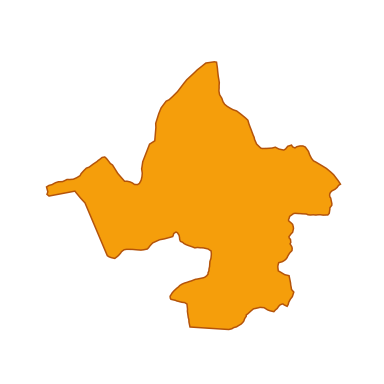 Akoko-Edo, Edo, Nigeria (orthographic projection), rotated 193°
{"feature_id": "59680162B54275853767873", "entity_name": "Akoko-Edo", "entity_type": "district", "adm_level": 2, "iso_a3": "NGA", "parent_name": "Nigeria", "parent_adm1": "Edo", "projection": "orthographic", "projection_center": [6.117, 7.352], "detail": "fine", "context": "isolated", "style": "filled", "palette": "amber", "viewbox_px": 384, "rotation_deg": 193, "n_neighbors": 0, "source": "geoboundaries", "source_scale": "gbopen_adm2", "svg_char_len": 4271}
<svg xmlns="http://www.w3.org/2000/svg" viewBox="0 0 384 384"><g transform="rotate(193 192 192)"><path d="M239.0,271.6L241.0,267.0L242.0,260.9L242.8,250.7L241.7,246.7L239.8,233.5L244.1,229.1L246.8,210.4L246.3,204.2L246.3,203.3L244.7,199.2L244.2,195.7L244.2,192.1L245.2,188.5L246.7,187.0L248.7,186.6L249.7,186.4L252.1,187.4L254.6,187.9L257.6,187.9L260.1,187.3L265.1,190.9L268.5,193.4L271.0,195.9L274.0,198.9L275.5,200.4L278.0,201.4L281.0,203.9L283.0,205.5L284.9,206.5L287.4,205.4L289.4,202.8L290.4,201.8L291.4,200.3L294.8,196.7L297.8,193.1L300.3,191.5L302.2,188.5L304.2,184.9L304.7,182.8L307.2,180.3L308.6,179.2L310.6,177.7L312.6,177.1L314.1,176.6L316.6,176.1L318.5,174.5L320.5,173.0L324.5,171.9L327.0,170.4L328.9,168.8L329.9,167.8L332.9,166.2L334.9,164.2L332.5,159.7L332.8,157.1L330.4,155.9L306.3,166.5L304.7,165.2L299.1,160.9L296.3,159.0L293.8,157.3L260.2,110.9L258.3,110.2L256.1,109.9L252.3,109.9L249.9,112.8L248.9,114.4L247.9,116.3L247.3,117.9L246.3,119.2L245.1,120.5L242.9,121.4L240.3,122.0L238.4,122.4L236.9,122.7L232.5,123.3L228.7,123.9L226.2,124.8L222.7,126.4L221.8,127.9L220.8,130.2L219.5,132.5L218.7,133.7L212.8,138.2L210.5,139.2L208.4,140.1L204.3,142.3L202.4,143.3L201.5,143.9L200.8,144.2L200.5,145.8L200.5,147.4L198.6,149.4L197.0,149.0L194.8,146.8L193.9,144.8L193.3,142.9L192.1,141.3L189.9,140.9L189.2,140.6L188.8,140.3L188.2,140.0L186.0,139.4L183.2,139.0L181.0,138.8L179.2,138.6L176.7,138.2L174.2,139.2L171.4,139.5L168.6,140.1L167.3,140.1L164.6,140.1L163.5,140.1L160.1,138.8L159.2,136.0L158.9,134.1L158.6,131.5L158.9,128.3L158.1,123.3L158.1,120.7L157.8,119.1L158.2,116.9L157.9,115.6L158.8,113.7L160.1,112.1L161.4,111.1L163.3,110.2L165.5,109.2L167.4,108.3L169.0,107.7L170.5,106.7L172.8,105.1L174.0,104.5L176.5,102.9L178.8,101.6L181.0,100.0L182.9,98.1L183.8,96.5L185.2,94.8L187.3,91.7L188.6,89.3L189.3,87.1L189.7,86.1L189.9,85.5L189.3,83.7L188.4,82.7L186.5,82.7L183.7,82.7L182.4,82.4L180.6,82.4L178.7,82.3L176.8,82.3L176.7,82.3L174.3,82.6L171.7,81.7L170.9,79.4L170.0,76.8L169.7,74.9L169.1,73.3L167.4,68.9L166.3,66.8L165.7,64.6L163.6,60.0L152.6,61.8L136.7,64.4L125.2,66.3L122.4,67.7L120.8,69.3L118.3,70.6L116.7,72.2L114.4,74.4L113.2,76.3L112.5,77.9L112.2,80.5L111.2,83.1L111.5,84.4L110.2,85.9L108.0,89.1L105.8,92.0L104.4,92.6L100.9,94.3L99.8,94.9L95.7,95.5L92.9,94.5L91.6,94.1L89.1,93.8L87.2,93.8L85.3,93.8L84.1,96.0L82.8,97.6L82.2,99.2L81.8,100.2L80.8,101.8L79.6,102.7L78.3,103.4L76.8,102.7L73.6,102.0L73.0,104.0L72.9,106.5L72.0,109.8L70.7,112.6L70.3,117.4L73.1,119.4L74.0,121.6L74.9,123.6L75.5,125.5L78.6,132.3L80.2,132.3L81.1,132.3L83.0,132.3L85.2,133.0L87.0,133.6L90.2,134.6L91.4,137.9L91.7,139.1L91.7,141.1L91.6,142.7L90.4,143.3L88.5,144.3L87.5,145.2L86.2,146.5L85.3,147.8L84.6,149.4L84.3,151.0L83.7,152.9L83.0,154.8L81.4,157.4L81.7,159.6L82.3,160.9L83.0,161.7L84.8,163.5L84.4,165.1L85.4,168.0L86.9,169.0L87.5,170.3L86.9,171.6L86.2,173.2L85.4,174.6L84.9,175.4L84.9,177.7L84.9,179.3L85.5,180.9L86.7,183.1L88.3,184.1L91.4,185.7L91.7,187.0L91.4,188.6L91.4,190.2L88.2,193.8L86.9,194.4L85.0,194.7L83.1,195.0L81.6,195.3L79.4,195.6L75.5,196.3L74.0,195.9L71.5,196.2L68.7,197.1L66.1,197.4L64.3,198.1L62.1,198.7L58.9,199.0L56.7,199.6L54.5,200.2L53.5,202.1L53.8,206.3L54.1,207.6L53.4,209.2L52.8,210.5L53.1,212.1L53.7,213.4L54.6,215.3L55.5,217.3L56.5,218.2L57.1,219.5L57.4,221.1L57.0,222.8L55.8,224.7L54.8,225.5L53.2,226.9L51.6,229.1L50.7,231.4L49.1,233.0L51.9,235.7L54.9,238.2L57.9,240.7L61.4,242.7L66.3,245.2L70.8,246.7L78.0,249.0L80.7,249.7L83.2,251.7L85.7,254.7L87.7,257.8L91.7,261.3L91.8,261.3L94.2,261.8L97.1,261.2L100.1,259.7L101.6,258.1L104.1,258.6L105.1,259.6L105.6,260.1L109.0,258.1L110.5,255.0L112.0,253.5L117.0,253.4L120.9,254.4L123.9,252.8L128.9,251.3L133.3,250.2L134.8,250.2L137.3,251.7L139.8,253.2L142.8,257.2L143.8,259.3L145.3,261.3L146.0,262.4L147.3,264.3L147.7,265.0L149.7,267.9L151.7,270.9L153.7,274.5L156.2,276.0L161.2,278.5L166.7,281.0L170.6,281.4L174.1,282.4L177.1,283.4L180.1,284.9L180.6,285.5L182.1,286.9L184.0,290.0L187.0,293.0L188.5,296.5L189.0,299.6L189.5,301.6L190.0,304.7L191.0,307.2L192.5,310.8L194.1,315.3L195.1,318.4L197.3,324.0L199.5,323.9L207.5,320.8L214.4,312.1L215.8,309.9L217.4,307.5L222.3,300.3L224.3,296.2L228.7,286.5L232.6,280.3L235.1,276.7L237.6,274.7L239.0,271.6Z" fill="#f59e0b" stroke="#b45309" stroke-width="1.5"/></g></svg>